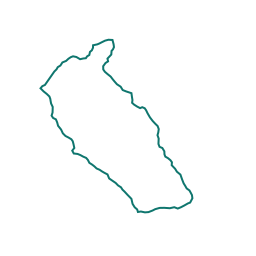 Nova Aliança, São Paulo, Brazil, rotated 126°
{"feature_id": "56859067B34710336323608", "entity_name": "Nova Aliança", "entity_type": "district", "adm_level": 2, "iso_a3": "BRA", "parent_name": "Brazil", "parent_adm1": "São Paulo", "projection": "natural_earth1", "projection_center": [-49.522, -21.052], "detail": "fine", "context": "isolated", "style": "outline", "palette": "teal", "viewbox_px": 256, "rotation_deg": 126, "n_neighbors": 0, "source": "geoboundaries", "source_scale": "gbopen_adm2", "svg_char_len": 1932}
<svg xmlns="http://www.w3.org/2000/svg" viewBox="0 0 256 256"><g transform="rotate(126 128 128)"><path d="M147.0,34.6L144.7,36.8L143.5,39.2L142.4,41.6L142.4,45.0L141.1,47.9L140.1,50.4L137.8,54.0L134.9,58.2L134.6,62.8L133.3,65.9L132.4,70.8L129.9,72.3L129.1,74.8L128.9,77.9L129.2,81.0L127.9,83.0L125.5,84.9L124.0,88.5L124.7,91.4L123.0,94.0L118.5,97.0L116.5,99.9L113.8,100.9L110.8,102.5L109.0,105.2L108.5,108.6L107.8,112.2L106.5,116.5L104.6,120.8L103.0,123.8L102.2,126.1L102.8,128.7L104.8,129.9L105.3,133.2L105.5,136.9L105.2,139.5L102.8,140.8L100.4,143.2L97.8,145.7L99.5,151.0L100.4,154.6L98.9,158.2L99.1,162.7L98.3,166.2L97.6,168.9L96.6,172.2L96.4,176.4L96.1,179.8L95.2,182.4L92.6,184.4L88.6,184.4L85.8,183.3L83.9,185.4L80.9,185.0L78.4,184.7L75.3,186.6L73.2,186.4L70.8,186.9L68.7,188.9L65.9,192.3L68.1,195.7L70.8,197.9L74.2,199.7L76.4,200.8L78.4,202.0L81.6,204.9L83.6,203.5L86.4,202.9L88.8,203.5L91.7,202.2L94.1,203.2L96.3,203.1L98.1,205.1L100.5,207.2L100.9,211.5L102.3,214.6L104.3,215.9L107.0,216.9L110.1,217.5L113.5,219.6L117.2,219.4L120.1,220.6L122.5,220.3L125.6,220.8L142.0,220.5L144.5,221.9L147.3,222.1L148.0,217.8L148.2,213.7L148.7,210.1L150.1,208.0L151.7,206.4L153.4,204.6L155.2,201.3L157.8,199.5L159.9,198.1L162.9,197.1L163.9,194.5L163.4,191.4L165.1,188.6L167.3,185.9L168.6,181.2L170.6,177.6L171.2,173.9L170.7,170.6L170.4,167.2L171.2,164.9L173.1,162.6L175.7,159.7L179.1,159.8L180.5,156.9L178.6,153.5L177.9,150.6L177.5,147.4L176.8,144.3L177.4,141.7L178.9,138.8L178.7,135.5L178.8,132.6L179.2,129.6L178.5,126.5L178.4,123.4L178.1,120.6L177.6,117.3L179.9,113.6L179.8,109.0L179.7,105.7L180.3,102.3L180.1,98.8L181.1,96.3L181.5,93.4L182.4,88.9L183.3,83.6L186.7,79.7L188.2,76.0L188.5,72.7L190.1,70.6L188.0,68.5L186.3,64.7L184.0,62.0L180.3,59.6L177.7,58.3L174.1,55.5L171.3,51.8L168.3,47.0L164.9,44.0L163.9,40.4L161.0,38.6L157.6,36.9L153.8,35.2L151.8,33.9L149.6,34.2L147.0,34.6Z" fill="none" stroke="#0f766e" stroke-width="2"/></g></svg>